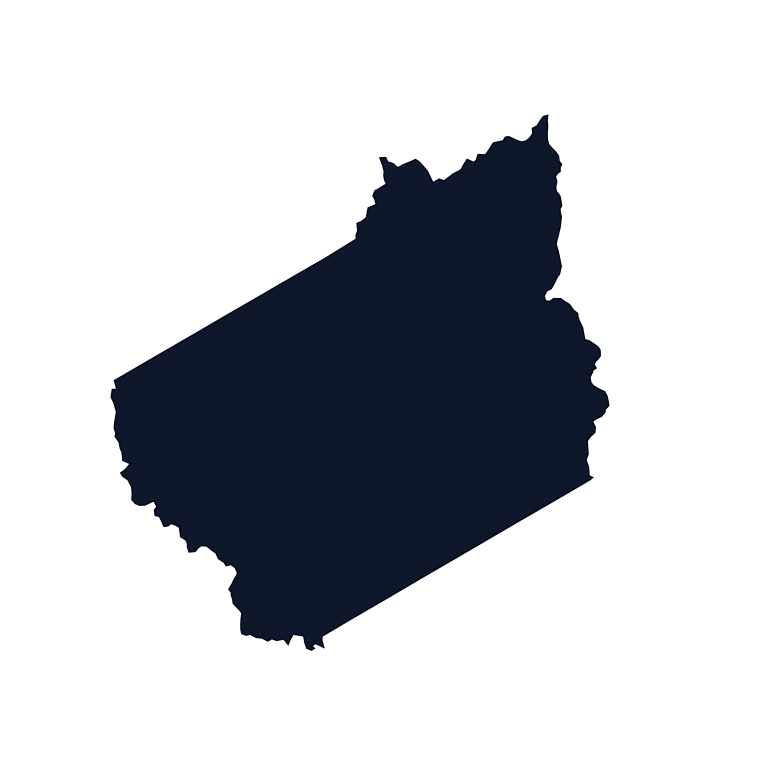 outline of Rolim de Moura, Rondônia, Brazil, rotated 150°
{"feature_id": "56859067B5137929458601", "entity_name": "Rolim de Moura", "entity_type": "district", "adm_level": 2, "iso_a3": "BRA", "parent_name": "Brazil", "parent_adm1": "Rondônia", "projection": "robinson", "projection_center": [-61.8, -11.741], "detail": "fine", "context": "isolated", "style": "filled", "palette": "ink", "viewbox_px": 768, "rotation_deg": 150, "n_neighbors": 0, "source": "geoboundaries", "source_scale": "gbopen_adm2", "svg_char_len": 3195}
<svg xmlns="http://www.w3.org/2000/svg" viewBox="0 0 768 768"><g transform="rotate(150 384 384)"><path d="M274.4,581.8L275.7,574.0L277.5,567.8L279.9,564.4L281.3,560.6L281.7,555.9L291.4,555.6L295.3,555.7L299.4,552.4L299.4,548.6L301.0,543.3L309.7,544.3L316.0,536.8L322.4,535.9L327.0,536.4L330.0,529.9L334.0,526.5L335.3,523.3L371.9,522.2L409.0,522.2L428.7,522.2L446.9,522.1L485.8,522.1L525.9,521.9L567.2,521.9L606.0,521.7L615.7,521.7L618.1,512.7L622.0,515.0L626.7,509.2L627.2,502.5L629.6,493.5L636.1,485.6L639.6,480.6L640.8,475.2L643.0,473.0L642.4,465.9L644.5,460.1L644.8,456.0L648.3,448.3L643.4,441.8L647.2,440.5L651.7,438.9L656.4,438.6L656.2,434.5L653.6,429.3L653.9,421.0L656.5,415.3L660.0,410.0L659.1,405.0L656.2,401.2L651.5,398.8L641.5,398.0L642.0,391.0L645.7,389.7L647.8,384.7L644.7,381.7L644.9,376.9L645.7,370.8L641.9,369.2L638.3,369.9L635.0,366.2L632.8,362.2L634.9,356.9L636.4,353.4L633.4,347.8L633.9,343.9L635.7,341.1L636.7,336.0L631.3,333.5L626.5,335.3L623.0,335.5L618.4,332.3L616.5,327.2L614.0,321.7L614.6,315.7L611.5,309.3L611.5,305.6L606.7,304.2L604.6,299.5L605.2,293.6L608.2,291.4L612.0,289.3L615.4,286.8L618.2,285.3L621.0,283.6L620.2,280.1L621.8,277.3L622.5,273.3L624.2,269.3L621.9,260.3L621.6,256.5L625.0,252.1L628.3,247.0L630.7,242.6L631.8,238.8L628.7,235.3L625.2,234.5L621.3,228.5L616.5,225.0L613.1,219.6L608.4,219.6L605.1,215.6L598.2,213.4L597.2,206.5L593.3,209.5L587.9,212.9L579.4,206.0L581.8,199.4L582.9,193.7L579.9,189.9L576.6,189.9L577.4,193.2L573.1,193.8L567.9,186.2L566.0,193.4L563.7,196.6L528.1,197.0L488.0,197.1L450.0,197.4L412.0,197.5L374.3,197.7L333.8,197.9L325.0,197.9L296.3,197.9L261.0,198.1L256.4,198.2L253.3,198.2L250.2,198.7L252.4,202.0L250.6,205.5L248.5,209.9L247.9,213.4L246.9,217.5L242.4,221.2L239.8,226.5L236.5,233.2L231.7,235.4L225.7,236.7L222.7,241.0L222.3,247.4L218.1,247.9L211.9,247.4L207.1,249.0L205.0,251.6L200.2,253.0L198.6,256.9L197.0,262.1L196.8,266.8L201.1,273.2L203.7,278.1L204.2,282.1L202.2,287.0L198.5,289.4L195.8,291.7L192.4,291.8L192.6,295.7L189.7,297.9L186.6,298.6L182.7,300.3L180.1,305.1L180.1,308.8L182.2,313.5L185.0,319.0L188.1,321.9L183.9,333.6L183.5,340.0L182.7,344.6L181.1,348.4L183.0,352.9L183.7,360.2L186.5,365.2L188.3,369.4L194.4,373.1L198.9,372.5L202.7,375.3L201.1,380.4L196.4,383.3L191.4,383.1L185.2,386.8L180.2,390.3L177.3,391.3L171.7,397.3L166.9,411.7L165.2,418.8L161.9,422.8L159.1,425.3L156.1,428.7L152.7,432.2L150.8,434.9L147.0,440.0L145.6,444.6L144.2,447.7L141.1,449.6L139.1,454.7L137.7,458.9L138.5,465.0L136.9,468.8L133.1,473.1L132.1,477.9L128.6,479.8L125.3,480.0L123.3,483.5L120.5,485.4L121.0,489.6L119.0,494.1L119.3,498.4L121.7,508.5L120.5,514.0L117.2,520.0L113.1,526.0L111.0,530.8L108.0,534.8L112.1,535.9L117.0,533.8L122.3,530.9L127.6,531.1L129.8,526.5L134.7,524.1L139.1,523.4L143.6,524.4L146.8,527.9L152.3,535.7L155.4,537.0L159.3,535.0L165.4,536.9L168.8,538.0L174.7,534.8L181.6,531.6L187.8,535.6L192.1,531.6L195.5,530.9L199.8,536.9L206.4,533.3L209.5,531.1L213.2,530.9L218.9,531.3L222.4,530.7L230.7,529.9L233.6,533.7L241.1,533.9L240.1,546.7L241.2,552.7L242.7,559.1L244.5,562.6L249.9,563.1L258.8,564.3L263.9,564.2L266.2,570.5L269.9,574.3L269.4,579.2L274.4,581.8Z" fill="#0f172a" stroke="#020617" stroke-width="1.5"/></g></svg>